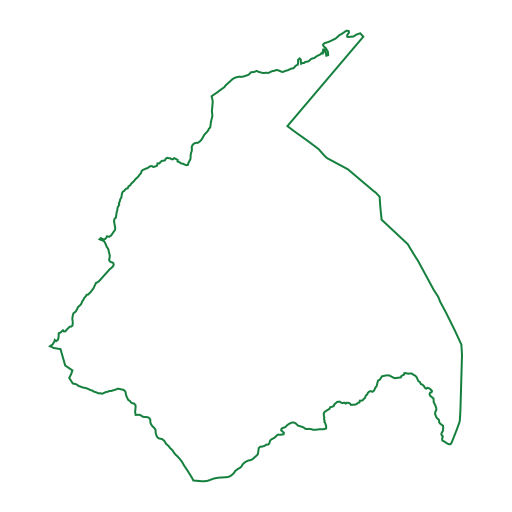 outline of Malava, Western, Kenya
{"feature_id": "3690345B31807063616851", "entity_name": "Malava", "entity_type": "district", "adm_level": 2, "iso_a3": "KEN", "parent_name": "Kenya", "parent_adm1": "Western", "projection": "mercator", "projection_center": [34.832, 0.47], "detail": "fine", "context": "isolated", "style": "outline", "palette": "green", "viewbox_px": 512, "rotation_deg": 0, "n_neighbors": 0, "source": "geoboundaries", "source_scale": "gbopen_adm2", "svg_char_len": 5979}
<svg xmlns="http://www.w3.org/2000/svg" viewBox="0 0 512 512"><path d="M99.6,239.3L103.7,240.9L104.8,242.3L105.7,244.2L106.7,246.8L108.2,248.9L109.8,255.7L109.5,258.2L109.1,259.4L109.6,261.1L110.8,262.1L112.3,262.4L113.4,263.3L113.7,264.8L113.0,266.3L111.5,267.9L110.0,268.9L99.0,281.2L97.5,282.3L96.0,282.9L93.4,288.4L90.4,292.4L89.2,293.4L88.1,294.6L86.6,294.8L85.9,296.2L84.3,297.9L83.4,299.7L82.2,301.4L81.5,303.3L80.6,304.8L77.7,307.4L77.3,309.0L76.3,310.3L75.8,311.5L73.5,313.2L72.9,315.0L72.3,318.6L72.7,321.6L72.7,323.8L72.4,325.7L71.1,326.6L69.7,326.7L66.5,329.9L65.5,331.3L63.8,331.4L63.0,330.3L60.3,332.7L58.8,333.1L58.6,334.3L58.7,336.1L58.4,338.1L57.8,339.9L56.2,341.1L54.8,340.0L54.2,342.0L53.3,343.2L52.7,344.4L50.0,346.2L53.7,348.0L60.5,349.1L65.2,365.5L72.4,370.4L71.2,374.1L69.2,377.9L72.8,383.5L76.0,384.2L77.3,384.9L78.6,386.1L80.1,386.4L81.7,387.2L86.7,388.3L90.8,390.2L92.2,390.5L93.4,391.4L96.9,392.6L98.6,393.4L100.3,393.2L102.0,393.8L106.1,392.0L107.9,391.7L109.5,390.9L111.1,391.0L116.3,389.4L117.7,388.7L119.3,388.9L123.6,389.9L124.9,391.0L125.5,392.1L126.3,395.9L128.2,399.9L129.8,400.9L131.1,402.5L132.2,403.2L134.0,403.5L135.5,405.1L135.6,407.3L135.1,411.8L135.6,414.9L139.6,414.8L141.4,415.7L142.9,416.8L147.6,417.2L149.2,418.0L150.3,419.7L150.3,421.7L150.6,423.2L151.3,424.7L152.7,426.5L154.2,427.9L155.5,429.7L155.7,433.2L156.7,436.1L157.6,437.5L158.6,438.3L162.1,439.1L164.0,440.6L165.3,442.4L166.1,443.9L168.5,445.9L170.2,448.2L172.4,450.2L174.0,452.7L175.6,454.7L177.5,456.4L180.1,459.3L182.1,462.0L184.0,465.4L187.9,471.2L192.2,478.2L193.3,480.5L202.5,481.3L205.8,481.1L207.7,480.8L213.7,478.6L215.9,478.1L218.5,477.7L227.5,477.1L229.5,476.5L230.9,475.7L232.6,474.3L234.2,472.7L235.1,471.1L237.9,468.9L239.6,468.1L241.3,466.7L242.8,464.2L244.5,462.6L246.4,461.4L248.5,460.5L250.6,460.1L252.5,459.2L256.7,455.5L257.8,454.3L258.2,452.2L258.7,448.2L260.2,446.7L262.0,446.6L264.0,446.1L266.5,444.6L268.3,444.5L269.2,443.5L270.2,440.5L271.2,439.5L274.2,437.9L275.6,436.8L276.7,435.5L278.2,434.6L280.1,434.8L283.6,434.3L283.8,432.6L281.2,430.4L281.5,428.7L283.3,427.7L285.0,427.3L287.8,424.7L289.5,423.6L292.0,422.5L293.8,422.5L295.6,423.3L298.0,425.6L302.3,426.9L303.8,427.6L305.5,428.9L307.2,429.0L309.2,428.9L311.4,429.2L312.9,429.7L314.4,429.8L316.3,429.7L319.8,429.2L323.0,429.3L326.1,428.5L326.2,426.1L325.5,424.3L325.2,422.9L324.3,421.8L324.6,420.4L324.0,419.0L324.3,417.4L323.8,415.2L323.8,413.3L324.6,411.9L329.6,408.7L330.2,407.2L332.4,406.7L333.9,405.9L334.1,404.6L337.2,401.9L339.7,401.6L341.2,402.7L342.7,403.1L344.3,402.6L345.7,403.6L346.9,402.7L348.8,403.0L350.1,403.6L351.0,404.9L355.3,404.6L356.8,403.9L358.1,402.8L359.4,402.5L359.8,400.7L361.3,400.7L362.7,400.3L363.6,399.0L364.8,398.2L366.0,395.4L367.2,394.5L367.7,393.1L368.9,391.8L370.6,391.1L372.3,391.8L374.0,390.7L375.5,387.4L376.5,386.4L378.0,380.6L379.8,379.7L382.0,376.3L386.2,375.4L389.1,375.4L394.6,378.2L400.8,377.4L401.4,376.0L404.2,374.5L404.3,373.2L405.8,373.1L407.9,373.7L410.0,373.5L411.9,373.6L413.4,374.8L415.3,375.7L416.8,377.5L418.3,381.0L420.0,382.2L420.8,384.0L422.4,384.7L423.8,385.9L424.9,387.8L426.2,388.7L427.4,387.8L429.4,388.5L430.9,389.7L432.0,391.0L431.5,392.3L430.1,392.6L429.6,394.1L430.0,395.6L433.4,398.4L433.7,400.4L433.6,401.9L435.5,405.8L436.3,408.2L436.3,410.1L435.4,411.7L435.0,413.8L436.6,417.8L438.8,419.7L439.2,421.0L439.2,422.4L440.0,423.5L443.1,425.8L443.2,427.7L442.8,431.1L442.0,432.3L441.3,434.0L441.8,435.4L442.8,436.3L442.1,439.0L442.4,440.6L444.1,441.4L446.9,443.3L448.7,444.2L450.5,444.2L451.7,442.5L456.4,430.6L459.4,422.4L459.8,420.6L460.4,410.7L462.0,355.0L461.4,344.7L455.0,330.8L446.0,312.6L440.3,302.0L438.1,296.6L433.9,290.2L418.1,261.0L413.9,254.4L407.7,244.1L381.6,219.7L380.4,208.0L379.6,196.7L375.4,192.3L374.0,191.4L347.9,169.3L327.2,158.2L324.8,156.1L318.5,149.0L307.3,140.6L295.2,132.0L287.4,126.1L363.3,36.7L360.2,33.3L355.9,34.8L354.5,35.9L353.1,36.6L350.8,36.7L348.9,37.0L347.2,36.7L347.2,35.0L349.0,32.6L348.7,31.0L346.4,30.7L341.2,34.3L339.9,34.7L335.7,38.5L330.4,41.1L328.0,42.1L324.6,43.1L323.0,44.6L323.6,46.3L325.7,48.0L327.8,51.5L328.1,53.4L328.1,55.2L326.3,55.7L325.8,52.5L325.0,51.1L324.6,49.6L323.3,49.4L322.8,51.1L323.4,52.3L322.7,53.6L321.4,53.1L320.6,54.3L316.9,56.1L314.1,58.1L312.5,58.4L310.9,59.1L309.5,60.5L308.3,61.4L305.2,62.0L304.0,63.0L302.5,63.0L301.2,63.8L300.8,61.7L300.8,59.6L299.6,58.4L298.1,59.9L298.1,62.0L297.8,64.6L295.4,66.0L294.3,67.5L293.3,68.3L291.2,68.6L288.0,70.2L285.3,70.9L283.6,71.7L282.3,72.0L278.9,70.6L276.6,69.9L274.7,70.7L272.4,71.1L270.4,71.9L269.0,72.8L267.4,72.9L265.7,72.7L264.4,73.0L263.0,73.0L258.6,71.9L256.8,70.9L254.0,72.0L250.9,72.3L249.6,73.8L248.4,74.8L244.3,76.3L241.1,76.9L239.0,76.7L236.8,77.2L234.8,77.8L232.5,79.1L225.5,85.5L224.3,87.2L219.6,90.5L217.4,92.3L213.0,95.2L211.6,96.3L212.6,100.3L212.7,102.1L211.9,111.3L212.3,114.6L212.3,116.6L211.1,121.0L210.2,127.5L208.8,128.8L208.2,130.4L206.8,132.1L204.4,134.6L201.9,139.1L200.5,140.8L199.1,142.0L197.7,142.9L196.4,142.8L194.9,143.2L193.6,143.9L192.4,145.2L191.7,147.2L191.9,149.0L191.7,151.3L191.0,153.0L190.7,154.8L190.5,158.9L188.3,163.2L187.9,164.9L186.6,165.2L184.7,164.6L183.2,163.8L181.1,163.4L179.3,162.1L177.6,161.5L177.6,159.9L174.2,158.1L172.9,159.3L171.5,159.2L170.2,158.3L168.6,158.2L167.1,157.8L165.7,158.8L164.9,160.4L163.5,160.7L162.0,160.8L160.4,162.1L159.4,163.4L157.5,163.4L157.1,165.6L155.1,166.5L153.3,167.0L152.1,166.2L150.6,166.1L149.0,167.0L147.6,168.1L146.1,168.5L142.5,170.2L141.5,171.2L141.0,173.2L139.3,175.0L138.3,176.6L135.1,179.5L134.1,181.0L131.1,183.8L130.3,185.2L128.5,186.4L127.7,188.4L126.4,188.6L125.3,189.4L124.3,190.8L122.8,191.7L122.0,193.3L121.4,197.3L120.2,199.4L119.7,201.6L118.9,203.2L119.2,204.8L118.0,206.8L117.4,208.5L117.3,210.3L116.7,211.9L115.9,217.6L114.5,218.9L114.0,221.0L115.2,228.0L115.1,229.7L111.1,235.5L109.2,236.8L107.0,236.3L106.2,237.9L105.1,239.0L103.9,239.6L100.8,238.1L99.6,239.3Z" fill="none" stroke="#15803d" stroke-width="2"/></svg>